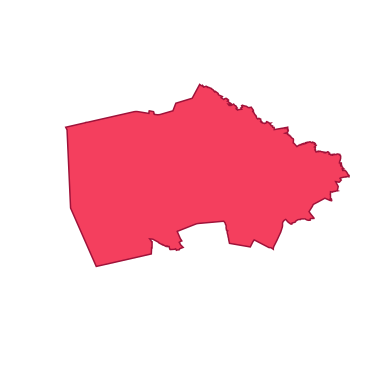 Súdwest-Fryslân, Friesland, Netherlands (Natural Earth projection), rotated 21°
{"feature_id": "6326949B35163690822727", "entity_name": "Súdwest-Fryslân", "entity_type": "district", "adm_level": 2, "iso_a3": "NLD", "parent_name": "Netherlands", "parent_adm1": "Friesland", "projection": "natural_earth1", "projection_center": [5.609, 52.975], "detail": "fine", "context": "isolated", "style": "filled", "palette": "rose", "viewbox_px": 384, "rotation_deg": 21, "n_neighbors": 0, "source": "geoboundaries", "source_scale": "gbopen_adm2", "svg_char_len": 5828}
<svg xmlns="http://www.w3.org/2000/svg" viewBox="0 0 384 384"><g transform="rotate(21 192 192)"><path d="M50.9,176.8L53.1,178.8L84.4,250.5L129.3,295.8L176.2,264.4L174.3,258.6L174.7,258.5L172.6,252.8L172.1,252.9L171.9,252.6L169.3,250.9L172.3,250.1L177.2,250.7L178.8,251.0L179.1,251.3L180.3,251.5L183.5,251.9L183.4,251.6L183.6,251.6L186.9,252.1L187.0,252.1L186.9,251.9L188.1,251.3L188.6,251.8L189.7,251.2L190.2,251.1L190.3,251.4L190.8,252.1L191.9,253.4L192.1,253.3L192.4,253.5L196.0,251.9L197.1,250.9L198.3,252.0L199.3,251.2L200.7,250.6L200.9,249.3L203.6,246.9L200.3,245.4L198.1,243.5L199.3,241.9L200.0,241.3L197.7,239.6L192.3,234.1L192.4,233.8L192.8,233.6L206.2,221.3L207.8,219.9L209.8,218.8L232.1,207.9L234.0,209.0L234.6,209.9L235.7,210.9L236.2,211.8L236.5,212.8L236.7,213.2L236.7,213.3L237.7,215.0L237.9,214.9L238.5,215.7L239.2,215.6L239.1,216.4L239.5,217.4L240.3,218.6L240.9,219.3L241.7,220.8L242.7,222.1L243.0,222.8L244.4,225.0L245.4,226.5L266.1,222.4L266.7,216.3L266.9,215.5L267.0,215.5L267.2,214.4L283.7,216.3L285.7,215.7L288.4,216.3L288.1,215.6L288.0,214.9L287.9,213.6L288.6,206.8L289.2,197.6L288.9,192.4L288.6,191.0L287.6,188.4L287.7,187.0L288.1,185.7L288.4,185.1L289.3,184.0L290.1,184.3L291.5,185.2L292.9,185.8L295.6,186.5L296.2,186.4L296.8,186.0L296.8,185.9L296.5,185.3L296.6,185.1L299.0,183.3L299.3,182.7L299.3,182.1L299.5,181.7L300.2,180.8L300.5,180.2L300.9,179.9L301.8,179.3L303.2,178.8L303.4,178.1L303.6,178.0L307.1,176.6L307.5,176.6L308.2,176.8L309.1,176.9L310.2,176.8L311.1,176.6L312.4,176.0L312.5,175.8L312.2,175.5L312.0,174.9L312.3,174.3L315.3,173.0L315.3,172.7L315.0,172.5L310.7,170.0L308.3,168.4L309.5,162.3L309.6,160.7L309.8,160.0L318.3,150.2L323.8,150.4L323.7,149.9L324.3,150.3L324.5,150.2L325.2,149.9L325.4,150.1L325.5,150.0L325.1,149.2L324.9,149.1L324.7,148.6L323.5,148.1L322.2,144.8L321.8,144.5L321.9,144.3L321.8,143.6L321.4,142.7L321.2,142.1L321.8,142.0L322.2,142.0L323.1,141.8L323.3,141.6L323.2,141.5L323.4,141.4L323.4,141.1L323.6,140.9L324.6,140.6L324.9,140.2L325.6,140.0L326.4,139.2L326.9,138.9L327.2,138.9L327.5,138.7L327.2,138.7L326.5,134.4L322.3,130.8L322.6,130.7L325.3,130.3L326.1,129.9L326.9,127.7L326.7,127.5L326.9,127.3L326.5,127.0L326.2,126.6L325.5,126.5L325.4,126.4L325.8,126.1L325.5,125.7L328.6,123.6L330.4,122.8L330.3,122.5L331.5,122.0L331.9,121.5L332.2,121.7L332.7,121.7L332.9,121.4L333.1,121.4L332.7,120.2L331.5,119.9L329.9,118.5L328.4,117.5L327.8,117.3L326.7,117.2L325.1,117.8L325.0,117.3L324.7,117.5L323.9,116.4L324.5,116.0L325.1,115.8L324.3,115.5L323.7,114.9L322.8,114.5L322.4,113.8L321.5,114.3L320.7,112.9L321.6,112.7L321.0,111.4L319.2,112.0L318.8,110.2L319.0,109.9L319.0,109.5L318.7,107.3L317.9,105.1L317.1,104.7L316.5,104.6L316.5,104.0L314.3,104.3L313.5,104.8L313.1,105.5L311.3,105.7L311.4,106.1L310.1,106.4L310.1,106.5L309.6,106.7L310.0,107.3L308.3,107.7L307.9,107.2L306.6,107.6L306.5,107.0L306.4,107.1L305.8,106.3L305.7,106.4L304.6,105.7L304.3,105.8L302.8,107.5L302.3,107.2L301.5,107.9L301.3,107.4L300.4,107.7L300.0,107.6L298.5,108.0L296.8,108.0L296.7,108.3L295.6,109.0L295.1,108.6L294.6,109.2L294.8,109.3L293.5,110.2L292.2,109.1L292.4,108.6L291.9,108.2L291.6,108.3L291.2,106.2L290.2,106.1L290.8,105.0L291.2,103.8L289.4,103.6L289.7,102.6L288.4,102.2L287.8,102.5L286.9,102.1L286.4,103.0L284.5,102.9L284.2,102.8L283.0,103.7L282.6,103.9L282.4,103.9L281.2,104.7L281.6,104.8L280.4,105.6L280.6,105.7L280.3,105.9L280.5,106.1L279.0,107.2L278.6,106.8L277.2,108.0L277.4,108.4L276.2,108.9L276.4,109.2L274.9,110.1L273.7,112.0L269.5,109.9L269.0,109.9L268.7,109.2L268.5,108.4L268.0,106.8L267.5,106.1L265.2,105.6L264.0,104.6L262.6,104.5L262.5,104.1L262.2,104.2L260.4,103.9L260.3,103.7L260.5,103.1L260.3,102.9L259.3,103.1L259.1,103.0L258.0,103.8L257.9,103.8L259.1,102.9L259.8,101.4L259.9,100.8L259.0,99.7L259.5,99.6L258.6,98.4L258.1,97.2L257.6,97.5L257.2,97.9L257.3,98.0L256.5,98.3L256.6,98.5L256.2,98.5L255.8,98.7L255.8,98.8L255.7,98.7L253.9,99.9L253.8,100.1L253.4,100.1L246.4,104.3L245.9,103.1L245.5,102.3L244.1,102.7L243.5,101.4L242.4,101.8L242.0,101.3L241.7,101.4L240.3,100.5L240.6,100.2L240.8,99.7L240.1,100.2L239.8,100.1L239.8,99.8L238.7,99.9L238.1,99.6L237.9,99.8L236.9,99.5L236.7,100.0L236.4,99.9L236.4,100.4L236.5,100.5L236.2,101.4L235.7,101.5L235.0,102.1L234.5,101.9L233.7,102.3L233.1,102.1L232.1,102.2L231.1,101.8L231.6,101.3L230.9,101.1L230.7,100.5L230.1,99.7L229.9,99.3L229.1,99.5L228.8,99.2L227.9,99.3L227.4,100.2L227.3,100.3L225.7,99.6L225.1,98.6L224.6,98.3L224.5,98.0L224.2,97.9L224.2,97.7L223.3,97.4L223.1,97.2L222.7,97.1L221.8,96.1L220.7,95.6L220.6,95.0L219.8,95.0L219.8,94.6L220.1,93.9L220.0,93.7L216.9,91.6L216.6,91.9L215.9,92.1L215.4,92.7L214.0,93.0L212.2,92.5L209.6,92.9L208.0,92.9L207.4,93.6L208.4,94.4L208.1,94.9L208.5,95.1L207.5,96.1L208.7,97.0L206.5,98.1L205.1,99.2L204.9,99.1L205.0,98.9L204.3,98.7L204.0,98.8L203.9,98.6L203.3,98.4L203.3,98.2L203.8,97.8L204.1,97.4L203.2,97.1L203.1,96.9L203.3,96.8L201.9,95.8L201.4,96.0L200.0,95.4L199.4,95.0L197.5,97.2L195.7,97.9L194.2,97.0L195.1,96.8L195.7,96.3L196.8,96.0L197.0,95.6L195.9,95.2L195.5,95.3L195.0,95.3L194.0,94.9L193.6,94.4L192.5,94.5L192.7,93.8L193.1,93.1L191.4,92.5L191.2,92.7L190.2,92.3L190.0,92.5L189.1,93.2L189.0,93.7L188.5,94.3L186.9,93.7L186.7,93.8L185.4,93.5L186.1,92.0L182.3,91.8L181.5,91.5L181.2,90.7L180.8,90.5L177.8,89.7L177.5,90.4L176.9,90.2L176.9,89.8L176.0,89.7L175.2,89.1L173.5,88.8L173.5,88.7L173.7,88.3L173.6,88.5L173.3,88.4L170.3,88.4L169.6,88.6L169.7,88.4L168.6,88.5L168.4,88.4L168.5,88.3L167.3,88.2L165.3,89.9L164.0,89.4L164.4,89.1L163.5,88.7L163.4,89.2L162.9,89.2L162.5,89.4L160.6,88.8L158.6,104.4L145.1,114.9L145.1,123.0L134.3,131.2L132.3,132.2L129.2,133.0L128.9,132.6L128.3,132.6L127.8,131.2L127.2,130.8L123.1,131.5L122.9,131.7L123.6,134.1L112.5,136.4L110.9,136.9L109.3,137.7L69.4,164.4L68.9,164.6L67.8,165.2L67.7,165.5L50.9,176.8Z" fill="#f43f5e" stroke="#9f1239" stroke-width="1.5"/></g></svg>